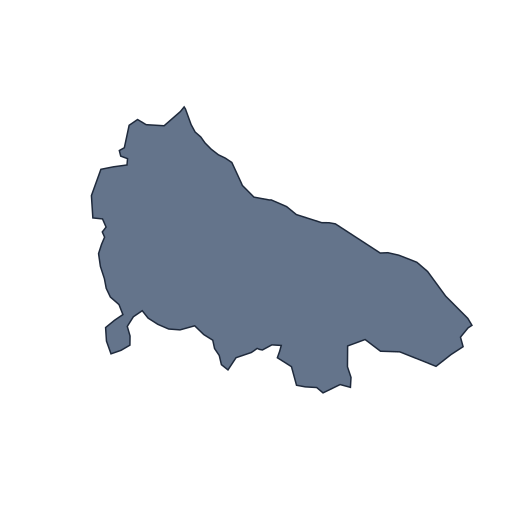 the Province of Ruse, rotated 67°
{"feature_id": "BGR-2262", "entity_name": "Ruse", "entity_type": "Province", "adm_level": 1, "iso_a3": "BGR", "parent_name": "Bulgaria", "parent_adm1": "", "projection": "natural_earth1", "projection_center": [25.944, 43.687], "detail": "fine", "context": "isolated", "style": "filled", "palette": "slate", "viewbox_px": 512, "rotation_deg": 67, "n_neighbors": 0, "source": "natural_earth", "source_scale": "10m", "svg_char_len": 1407}
<svg xmlns="http://www.w3.org/2000/svg" viewBox="0 0 512 512"><g transform="rotate(67 256 256)"><path d="M109.7,264.4L118.1,263.6L124.9,260.3L131.9,258.8L140.2,255.5L148.1,251.1L153.9,246.0L160.5,241.7L183.2,241.0L185.7,241.0L201.0,234.9L209.6,221.9L210.3,220.1L222.5,208.5L233.6,202.7L251.0,182.5L253.9,175.8L257.4,170.4L301.8,140.5L304.5,133.3L311.0,124.3L324.6,110.4L337.3,104.1L367.1,97.1L396.2,85.4L404.2,84.3L405.0,88.8L410.6,99.5L420.4,100.8L422.9,114.9L427.9,133.4L400.4,161.1L392.3,178.6L375.5,188.2L374.6,206.8L393.7,215.1L404.9,216.0L413.8,220.4L407.2,228.8L408.2,247.8L400.8,251.5L395.7,261.8L390.8,269.2L371.7,266.6L358.0,276.1L353.0,271.5L348.2,267.7L344.0,276.1L345.0,286.8L343.4,289.2L341.5,291.1L342.3,294.4L343.0,298.0L341.8,314.1L349.9,326.3L342.5,330.3L333.2,328.7L325.0,330.3L316.6,328.7L307.9,334.8L296.3,339.7L294.3,354.8L289.1,364.9L280.5,373.1L271.0,379.6L261.9,382.1L264.0,392.6L270.5,402.0L280.4,403.2L288.8,406.9L290.1,417.1L289.4,427.7L275.9,426.9L263.1,422.4L259.9,411.4L257.9,401.4L247.2,401.1L236.9,406.1L227.2,406.5L217.6,404.4L204.8,403.3L192.3,400.0L185.0,393.7L179.5,388.0L173.8,388.1L170.8,382.7L161.9,382.8L157.2,391.3L136.1,383.9L115.6,364.9L118.2,352.4L121.8,339.2L116.2,336.2L111.2,341.5L105.5,340.6L104.9,334.9L86.1,321.7L84.1,311.7L92.2,305.8L100.2,289.7L93.5,269.2L90.7,263.9L93.1,263.5L109.7,264.4Z" fill="#64748b" stroke="#1e293b" stroke-width="1.5"/></g></svg>